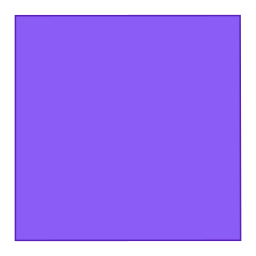 the district of Moore, Texas, United States of America
{"feature_id": "52423323B17136176847480", "entity_name": "Moore", "entity_type": "district", "adm_level": 2, "iso_a3": "USA", "parent_name": "United States of America", "parent_adm1": "Texas", "projection": "natural_earth1", "projection_center": [-101.931, 35.838], "detail": "fine", "context": "isolated", "style": "filled", "palette": "violet", "viewbox_px": 256, "rotation_deg": 0, "n_neighbors": 0, "source": "geoboundaries", "source_scale": "gbopen_adm2", "svg_char_len": 210}
<svg xmlns="http://www.w3.org/2000/svg" viewBox="0 0 256 256"><path d="M15.4,240.4L240.6,240.3L240.6,238.3L240.1,15.6L15.4,15.7L15.4,236.5L15.4,240.4Z" fill="#8b5cf6" stroke="#5b21b6" stroke-width="1.5"/></svg>